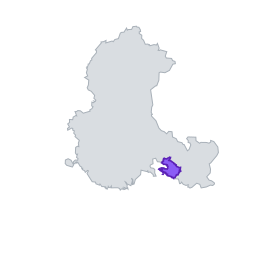 China, with Liaoning highlighted, rotated 63°
{"feature_id": "CHN-1813", "entity_name": "Liaoning", "entity_type": "Province", "adm_level": 1, "iso_a3": "CHN", "parent_name": "China", "parent_adm1": "", "projection": "orthographic", "projection_center": [122.279, 41.097], "detail": "fine", "context": "in_parent", "style": "filled", "palette": "violet", "viewbox_px": 256, "rotation_deg": 63, "n_neighbors": 0, "source": "natural_earth", "source_scale": "10m", "svg_char_len": 8163}
<svg xmlns="http://www.w3.org/2000/svg" viewBox="0 0 256 256"><g transform="rotate(63 128 128)"><path d="M126.3,186.2L121.5,183.4L121.3,181.3L122.3,180.3L118.9,179.1L116.9,177.0L111.6,179.1L110.5,177.9L108.0,178.7L106.2,177.1L104.8,178.2L103.3,177.4L102.5,178.2L102.6,182.7L100.9,182.1L100.5,179.7L97.0,179.9L96.5,177.5L93.8,176.3L95.5,173.5L93.4,171.9L93.2,168.9L93.9,168.2L89.3,167.7L90.0,166.6L89.7,164.8L91.1,162.6L94.5,161.1L95.8,154.2L94.6,153.9L94.4,151.4L93.2,149.5L91.8,150.3L88.5,148.4L89.8,147.3L89.5,146.0L88.4,146.2L89.5,145.1L88.6,144.0L86.0,144.9L83.8,142.9L78.6,144.1L76.0,146.1L73.6,146.1L71.7,143.8L67.5,141.2L63.3,143.7L63.3,140.3L59.9,140.0L57.1,137.4L56.3,137.8L55.7,136.7L55.0,137.3L54.5,135.4L52.9,134.4L53.3,133.4L51.0,130.8L51.0,129.4L49.4,128.7L46.6,122.0L44.8,121.0L43.6,121.6L40.1,113.2L39.1,113.0L40.0,110.5L40.0,107.8L42.1,109.2L43.3,102.7L44.4,102.0L43.2,99.5L44.0,96.0L40.0,91.8L39.8,90.5L40.8,88.1L38.3,83.9L40.5,84.2L40.4,83.1L41.8,80.0L39.9,77.6L41.2,74.2L42.1,74.2L43.2,72.6L45.9,72.4L47.8,73.0L47.4,74.3L48.9,75.1L51.6,73.6L54.5,75.2L56.8,74.3L61.2,74.6L62.3,72.1L63.5,71.8L63.5,71.0L64.7,71.1L65.5,67.0L67.0,64.9L66.0,63.4L71.0,64.0L72.5,65.9L73.2,64.9L72.9,63.9L77.6,58.8L80.9,62.2L83.0,62.1L85.8,57.6L88.2,57.7L90.0,55.9L92.2,56.6L91.5,59.1L95.5,64.9L95.5,70.0L92.9,73.7L92.9,75.2L99.4,78.8L103.4,83.2L103.0,84.2L104.2,90.5L118.7,95.4L120.2,97.4L124.5,100.2L127.0,100.2L126.8,101.1L128.2,101.6L134.2,99.8L142.1,100.5L145.5,99.5L147.7,97.4L150.7,96.2L149.5,93.2L151.3,90.5L156.2,92.4L159.4,89.9L162.7,89.9L165.6,86.6L167.8,86.4L168.2,85.5L175.3,85.4L174.9,83.4L171.6,79.7L169.5,79.6L168.2,81.0L166.6,80.0L164.1,80.6L163.2,78.6L167.0,71.7L170.2,73.2L174.1,71.1L173.9,69.6L176.5,64.7L178.3,62.7L178.1,60.7L176.6,60.0L179.0,57.7L185.7,56.6L190.9,58.6L192.9,61.4L196.7,70.2L196.8,71.9L202.2,73.2L205.4,75.2L207.2,80.0L211.3,79.4L213.0,77.5L216.0,76.0L217.1,76.3L217.7,78.6L216.3,80.5L216.1,85.0L214.6,90.0L210.8,89.6L208.4,91.9L209.9,98.0L209.6,100.1L207.7,101.0L208.1,101.8L205.9,100.1L205.5,102.4L203.2,104.4L200.5,104.8L201.4,106.3L201.0,107.3L196.4,106.2L194.2,109.7L190.8,111.7L188.8,114.1L184.2,115.5L178.6,119.2L178.4,118.4L180.3,117.6L180.8,116.4L179.0,116.4L179.0,115.7L182.3,111.7L180.9,109.7L178.8,110.0L176.5,112.8L172.9,114.7L171.4,117.1L167.5,117.1L166.9,120.1L171.2,121.9L171.1,124.9L172.2,125.8L173.8,125.8L175.5,123.6L177.2,123.0L180.2,124.6L183.6,124.8L182.5,127.3L181.1,126.7L177.3,128.1L176.7,130.2L175.1,129.8L175.5,130.8L171.5,135.5L175.3,138.0L177.2,144.8L180.7,148.1L180.5,148.9L176.0,147.1L174.2,147.8L176.7,147.7L180.7,151.6L177.3,154.3L175.6,154.3L174.7,154.9L178.6,154.7L181.6,156.6L179.5,158.2L181.2,158.1L181.0,159.6L179.2,159.6L180.1,160.4L179.3,161.7L179.8,163.1L178.1,163.0L176.6,164.2L173.8,169.9L172.1,169.2L173.2,171.1L171.6,172.2L170.3,171.9L172.2,172.4L172.1,174.9L170.4,174.6L170.8,175.5L169.6,175.6L168.3,177.9L165.2,178.4L166.0,179.3L163.2,181.9L161.5,181.5L159.6,184.3L150.0,185.2L148.2,182.7L147.4,183.4L148.1,186.2L146.3,186.1L144.3,187.6L143.4,186.7L143.1,187.6L141.8,187.0L140.4,188.0L135.7,188.3L134.6,189.7L135.8,191.6L135.1,192.4L133.3,191.9L132.6,189.5L133.9,187.5L132.5,186.4L130.8,187.2L128.4,184.9L128.4,186.0L126.3,186.2ZM136.2,193.2L137.5,195.3L133.5,199.5L131.2,200.1L128.1,198.3L128.2,195.3L130.8,193.4L136.2,193.2ZM180.8,149.8L179.6,149.5L178.5,148.4L179.4,148.7L180.8,149.8ZM182.3,155.7L181.4,156.0L181.2,155.4L182.3,155.7ZM173.0,174.1L172.4,174.8L172.5,173.9L173.0,174.1ZM135.1,189.6L136.0,189.4L135.9,189.8L135.1,189.6Z" fill="#d9dde1" stroke="#a8b0b8" stroke-width="1"/><path d="M193.3,110.0L193.1,110.2L193.3,110.3L193.0,110.4L192.9,110.3L192.8,110.5L192.6,110.6L192.5,110.8L192.4,110.8L192.4,111.0L192.0,110.9L191.9,111.0L191.2,111.4L191.2,111.5L191.3,111.7L191.2,111.7L190.9,111.8L190.8,111.6L190.5,112.0L190.3,112.1L190.2,112.4L190.0,112.5L189.8,112.7L189.7,112.8L189.1,113.4L189.1,113.7L188.9,114.0L188.3,114.5L188.2,114.4L188.1,114.5L187.9,114.6L187.7,114.4L187.6,114.5L187.3,114.5L187.2,114.6L186.8,114.3L186.8,114.1L186.7,114.2L186.6,114.7L186.5,114.8L186.4,114.7L186.1,115.0L186.0,114.9L186.0,114.5L185.9,114.7L185.7,114.8L185.6,114.6L185.4,114.6L185.5,114.8L185.4,114.8L185.6,115.0L185.4,115.2L185.1,115.2L184.9,115.2L184.7,115.2L184.7,115.3L184.6,115.5L184.5,115.4L184.3,115.5L184.2,115.4L184.0,115.7L183.7,115.9L183.3,116.1L183.2,116.0L182.9,116.3L182.7,116.3L182.4,116.6L182.2,116.7L182.2,116.9L181.8,117.2L181.7,117.4L181.9,117.4L181.8,117.5L181.6,117.6L181.5,117.8L181.4,117.8L181.2,117.9L181.1,118.0L180.8,117.9L180.9,118.0L181.1,118.1L181.0,118.3L180.9,118.3L180.8,118.2L180.6,118.0L180.5,117.9L180.5,118.0L180.3,118.0L180.2,118.1L180.3,118.1L180.2,118.2L180.0,118.3L180.4,118.4L180.4,118.6L179.9,118.7L179.7,118.9L179.2,118.8L179.0,119.0L178.9,118.9L178.8,119.0L178.7,119.2L178.5,118.9L178.5,118.7L178.4,118.4L178.5,118.3L178.7,118.2L178.8,118.3L179.1,118.2L179.2,117.9L179.3,117.9L179.5,118.0L180.3,117.7L180.2,117.3L180.1,117.2L180.1,116.9L180.3,116.9L180.5,116.7L180.9,116.5L181.2,116.4L180.9,116.4L180.4,116.4L180.5,116.5L179.8,116.5L179.7,116.4L179.6,116.0L179.6,115.9L179.3,115.8L179.1,115.9L178.9,115.9L179.1,115.5L179.6,115.4L179.8,115.3L179.9,115.2L179.6,114.9L179.7,114.6L179.8,114.6L179.9,114.4L180.2,114.4L180.4,114.1L180.7,114.2L180.8,114.0L181.0,113.9L180.8,113.7L181.0,113.6L181.2,113.4L181.4,113.3L181.4,113.2L181.5,113.0L181.7,112.9L181.8,112.7L182.1,112.2L182.2,111.9L182.3,111.8L182.4,111.7L182.1,111.4L181.9,111.3L181.9,111.2L182.0,111.0L182.0,110.9L181.9,110.8L181.6,110.7L180.9,110.3L180.9,109.8L181.0,109.7L180.7,109.8L180.7,110.0L180.1,110.2L179.8,110.1L179.7,110.0L179.6,109.9L179.4,109.8L179.2,110.0L179.0,109.9L179.0,110.0L178.9,109.9L178.5,110.1L178.5,110.3L178.4,110.3L178.1,110.3L178.1,110.5L178.3,110.7L178.1,110.8L177.6,110.9L177.5,111.2L177.2,111.6L176.9,111.8L176.9,112.0L176.7,112.1L176.8,112.1L176.6,112.4L176.6,112.7L176.5,112.9L176.3,112.9L175.9,113.0L174.7,113.5L174.4,113.8L174.3,113.6L174.1,113.4L174.1,112.8L173.7,112.8L173.8,112.5L173.6,112.1L173.7,111.7L173.6,111.4L172.7,111.4L172.4,111.0L172.4,110.7L172.1,110.8L171.3,110.1L171.5,109.5L171.8,109.5L171.8,109.4L171.6,109.2L171.9,109.0L172.4,108.6L172.5,108.4L172.6,108.2L173.0,107.8L173.1,107.7L173.1,107.2L173.0,106.8L172.9,106.6L172.9,106.1L172.9,105.9L173.0,105.7L173.0,105.3L173.1,105.1L173.2,104.8L173.1,104.7L172.8,104.3L172.9,104.2L173.1,103.9L173.5,103.8L173.6,103.5L173.9,103.7L173.9,103.9L174.0,104.0L174.6,104.4L174.7,104.5L174.8,104.9L174.8,105.2L175.0,105.4L175.1,105.6L175.2,105.8L175.2,106.5L175.4,106.5L175.5,106.4L175.5,106.1L175.9,105.8L176.2,105.4L176.6,105.2L176.7,104.9L176.7,104.7L177.1,104.6L177.5,104.3L178.0,104.0L178.3,104.2L179.5,103.2L180.0,103.0L180.3,103.4L180.6,103.4L181.1,103.0L181.2,102.5L181.6,102.3L182.0,102.4L182.3,102.6L182.7,102.5L182.8,102.5L182.8,102.4L182.6,101.9L182.7,101.7L182.9,101.7L183.1,101.8L183.8,102.2L184.2,102.2L184.5,102.0L184.8,102.0L185.0,101.8L185.1,101.3L185.4,101.1L185.5,101.0L186.5,100.7L186.6,100.3L186.6,100.2L186.7,99.7L186.7,99.3L186.9,99.0L187.0,99.1L187.7,99.7L187.9,99.7L188.1,99.9L188.3,99.9L188.5,100.0L188.6,100.4L189.0,100.6L188.8,101.0L189.0,101.2L188.9,101.4L188.9,101.5L189.1,101.5L189.6,101.2L189.8,101.0L189.8,100.8L190.0,100.5L190.4,100.5L190.4,101.6L190.4,101.8L190.6,101.8L190.8,102.1L190.7,102.4L190.8,102.4L191.0,102.6L191.2,103.1L191.5,103.4L191.5,103.6L191.4,103.6L191.8,103.9L191.8,104.2L191.9,104.4L192.1,104.4L192.4,104.5L192.2,104.9L192.1,105.0L191.8,105.4L191.9,105.5L191.8,105.9L192.0,106.2L191.9,106.5L192.1,106.6L192.4,106.5L192.4,106.9L192.8,107.6L193.0,107.9L193.1,108.1L193.4,108.3L193.4,108.6L193.5,108.7L193.3,108.9L193.3,109.0L193.3,109.3L192.9,109.7L193.0,109.8L193.3,109.8L193.3,110.0ZM179.5,116.0L179.6,116.3L179.5,116.5L179.2,116.5L179.4,116.3L179.3,116.2L179.2,116.2L179.1,116.4L179.0,116.2L179.5,116.0ZM183.7,117.0L183.3,117.0L183.2,116.9L183.5,116.9L183.7,117.0ZM182.5,117.4L182.6,117.2L182.7,117.3L182.5,117.4ZM184.6,115.9L184.6,115.7L184.8,115.8L184.7,115.9L184.6,115.9ZM185.3,117.7L185.3,117.8L185.2,117.9L185.2,117.7L185.3,117.7ZM183.5,117.1L183.8,117.0L183.7,117.2L183.5,117.1Z" fill="#8b5cf6" stroke="#5b21b6" stroke-width="1.5"/></g></svg>